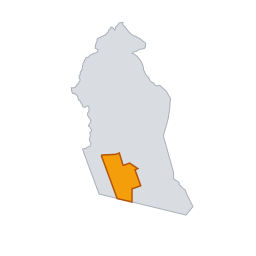 Fada, Ennedi, Chad shown in context, rotated 160°
{"feature_id": "50815135B99861554638026", "entity_name": "Fada", "entity_type": "district", "adm_level": 2, "iso_a3": "TCD", "parent_name": "Chad", "parent_adm1": "Ennedi", "projection": "equal_earth", "projection_center": [20.845, 18.83], "detail": "fine", "context": "in_parent", "style": "filled", "palette": "amber", "viewbox_px": 256, "rotation_deg": 160, "n_neighbors": 0, "source": "geoboundaries", "source_scale": "gbopen_adm2", "svg_char_len": 3745}
<svg xmlns="http://www.w3.org/2000/svg" viewBox="0 0 256 256"><g transform="rotate(160 128 128)"><path d="M177.7,75.8L177.8,81.4L177.8,87.0L177.8,92.7L177.9,98.3L177.9,104.0L178.0,109.6L178.0,115.3L178.0,121.0L178.0,122.9L177.9,123.6L177.7,123.9L175.4,123.3L174.4,123.3L173.1,123.7L171.0,123.9L169.7,123.9L168.8,124.8L168.1,126.0L168.4,128.9L168.4,129.8L168.1,130.8L167.5,131.6L166.9,132.3L166.5,132.8L166.0,134.1L165.7,134.7L165.7,135.5L165.6,136.4L165.3,136.8L164.3,137.1L163.7,137.5L163.2,138.1L162.9,138.6L163.1,139.2L163.3,140.0L163.4,141.2L163.5,142.0L164.0,142.6L164.3,143.0L164.4,143.5L164.1,144.0L163.0,144.9L162.5,145.2L162.0,145.7L161.8,145.9L160.9,146.8L160.5,147.5L160.3,148.2L160.3,149.1L160.7,150.4L161.2,151.5L161.4,152.4L161.5,153.3L161.5,154.2L161.2,155.0L160.8,155.7L159.2,157.0L158.4,158.4L157.8,160.2L157.6,161.1L157.8,161.8L158.1,162.3L158.6,162.6L159.3,162.6L160.5,162.4L161.5,162.2L162.7,162.8L163.3,164.3L163.0,165.3L163.5,167.3L163.9,169.6L163.8,170.4L164.0,170.7L164.7,170.8L164.9,171.4L164.6,175.5L165.0,176.7L165.5,177.5L166.0,177.9L166.5,178.5L166.8,178.9L167.5,178.9L168.2,179.7L168.4,180.7L168.3,181.7L167.9,183.8L167.6,185.2L167.2,185.1L166.3,184.7L165.3,184.4L164.1,184.2L162.9,184.8L161.6,185.5L161.2,186.1L160.8,186.4L160.3,186.3L159.8,186.4L159.5,186.9L159.0,187.5L157.2,188.7L156.8,189.2L156.5,189.6L156.5,190.1L156.7,191.1L156.7,192.3L156.3,193.3L155.8,194.0L155.3,194.2L154.8,194.3L154.5,194.8L153.6,197.0L153.2,197.4L152.3,197.4L149.9,200.7L149.6,201.7L148.7,203.1L147.6,204.7L146.6,205.5L146.2,206.0L145.6,206.4L143.5,208.3L140.9,208.2L139.7,209.0L138.6,209.3L137.0,209.7L136.5,209.6L134.4,209.8L132.0,209.7L131.0,210.0L130.2,210.7L129.5,211.4L129.4,211.6L129.5,211.8L129.5,212.1L131.2,213.6L131.6,214.4L131.2,215.1L131.0,215.3L130.7,215.9L129.7,217.6L128.1,219.7L127.4,220.3L127.0,220.7L126.6,222.1L126.4,222.3L125.3,222.5L123.3,222.6L120.4,223.1L118.7,223.2L117.6,223.1L116.1,224.0L115.5,224.3L115.2,224.4L113.7,225.3L112.5,226.7L112.0,227.0L110.3,227.6L109.6,228.6L109.3,228.7L108.1,227.4L107.4,226.2L107.0,225.0L107.0,224.6L106.8,224.7L106.1,225.2L105.6,225.8L105.4,227.0L103.6,227.7L102.0,228.4L101.3,229.2L100.2,229.7L98.8,229.5L97.8,229.1L96.7,229.0L97.2,228.0L97.4,227.2L97.5,226.3L97.4,225.6L96.8,225.3L96.4,224.8L95.5,221.8L94.6,218.7L93.3,215.7L91.9,213.7L90.9,212.5L90.5,212.4L90.0,212.0L89.6,211.7L87.8,209.6L85.8,207.3L85.3,206.3L84.4,204.7L83.3,203.1L82.7,202.3L82.5,201.0L83.2,199.8L84.0,198.3L85.0,197.3L86.3,197.2L88.4,197.6L90.7,197.8L93.0,197.5L93.6,197.2L94.1,197.3L95.3,197.6L97.5,197.5L98.6,196.9L97.4,195.9L96.1,194.2L95.0,192.4L94.2,190.8L93.6,188.7L93.0,186.1L92.7,182.7L92.7,180.8L92.9,179.4L93.6,177.2L93.2,175.9L93.3,174.8L93.2,173.3L93.0,172.5L92.2,169.9L92.1,169.6L91.3,167.8L91.1,164.8L90.2,162.9L88.9,161.9L88.2,160.7L87.9,158.7L87.4,158.2L85.4,157.4L83.6,157.4L82.4,155.1L80.8,152.2L79.4,149.4L78.5,143.9L78.0,140.7L78.6,139.8L79.8,137.5L81.5,133.3L85.1,126.6L86.9,123.3L90.5,118.2L95.0,112.0L97.5,108.5L98.0,102.2L98.5,95.5L98.9,90.4L99.3,84.4L99.7,79.4L100.0,75.8L100.4,70.6L100.7,69.6L102.4,65.6L102.6,65.1L102.3,64.4L99.9,61.0L99.1,60.2L98.7,58.4L99.3,57.4L96.5,51.7L95.8,51.0L95.5,50.3L95.4,49.3L95.4,45.3L94.7,39.1L93.8,31.9L97.3,29.9L99.9,28.3L103.2,26.3L106.3,28.4L110.7,31.3L115.1,34.3L119.5,37.2L124.0,40.2L128.4,43.1L132.9,46.1L137.3,49.0L141.8,52.0L146.3,55.0L150.7,57.9L155.2,60.9L159.7,63.9L164.2,66.8L168.7,69.8L173.2,72.8L177.7,75.8Z" fill="#d9dde1" stroke="#a8b0b8" stroke-width="1"/><path d="M144.7,107.5L148.4,107.4L161.7,111.5L162.3,111.1L162.5,110.5L162.3,65.4L149.6,57.1L145.0,69.4L135.8,69.4L135.7,86.4L132.7,86.5L137.4,93.0L138.5,94.5L145.2,94.4L145.4,95.4L144.7,107.5L144.7,107.5Z" fill="#f59e0b" stroke="#b45309" stroke-width="1.5"/></g></svg>